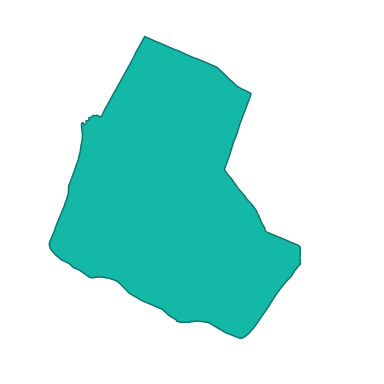 Malacatancito, Huehuetenango, Guatemala, rotated 205°
{"feature_id": "79465075B52740095306971", "entity_name": "Malacatancito", "entity_type": "district", "adm_level": 2, "iso_a3": "GTM", "parent_name": "Guatemala", "parent_adm1": "Huehuetenango", "projection": "equal_earth", "projection_center": [-91.474, 15.234], "detail": "fine", "context": "isolated", "style": "filled", "palette": "teal", "viewbox_px": 384, "rotation_deg": 205, "n_neighbors": 0, "source": "geoboundaries", "source_scale": "gbopen_adm2", "svg_char_len": 1848}
<svg xmlns="http://www.w3.org/2000/svg" viewBox="0 0 384 384"><g transform="rotate(205 192 192)"><path d="M150.9,68.4L150.0,68.9L147.3,68.9L138.5,73.3L138.0,74.2L136.4,74.9L135.9,75.4L131.6,77.8L121.6,80.7L102.7,78.7L87.5,79.6L85.7,80.1L83.7,82.0L80.8,87.7L78.6,95.1L74.4,119.1L72.6,133.7L71.1,141.4L70.5,143.6L68.7,151.1L67.0,155.7L66.3,157.9L65.8,164.0L65.2,165.5L64.0,170.9L63.2,172.7L64.9,174.9L64.9,176.0L66.0,177.1L68.2,183.0L69.4,184.9L69.3,185.6L70.9,187.9L73.1,188.6L106.7,187.3L109.0,187.7L111.0,190.2L115.9,193.6L122.0,199.2L123.4,199.8L125.1,201.9L131.6,205.6L139.4,208.8L142.8,210.9L150.5,214.2L161.5,220.5L169.0,223.9L172.2,226.1L173.6,242.3L175.3,253.4L175.8,263.3L177.3,273.4L179.6,303.9L180.3,306.2L185.8,306.5L189.0,306.4L191.2,306.4L196.9,307.1L202.2,309.1L205.8,310.0L221.9,315.6L244.1,314.9L246.2,314.4L257.1,314.2L263.5,314.2L269.2,313.7L284.5,313.4L287.9,313.1L300.0,313.0L300.5,313.0L300.8,309.2L301.9,294.4L301.9,287.3L305.9,230.3L305.9,222.2L306.3,221.4L307.6,221.4L309.6,221.4L311.1,221.2L311.9,220.1L313.2,219.9L313.9,219.7L315.0,217.0L316.1,216.3L316.7,216.0L316.6,215.1L316.1,214.6L316.1,213.5L316.6,212.7L317.9,211.9L317.9,211.1L317.2,210.3L316.9,209.6L317.0,208.2L317.4,207.8L317.9,207.6L319.6,208.7L320.1,208.7L320.7,208.5L320.8,207.6L320.7,206.8L320.6,206.1L315.4,197.5L313.4,192.4L312.2,187.0L311.3,184.2L310.5,181.9L309.7,177.5L308.7,173.1L308.1,165.3L307.7,162.7L307.4,158.9L306.9,154.1L306.4,145.4L303.6,138.8L302.5,132.1L302.2,127.3L301.8,124.4L301.7,120.2L301.4,117.0L301.2,108.5L300.1,95.3L300.0,87.0L299.1,83.9L296.5,80.8L289.3,77.4L281.3,75.3L272.9,75.2L267.7,73.4L261.2,73.6L248.9,71.4L246.1,72.0L242.4,74.6L238.1,76.7L230.4,78.8L223.3,79.6L218.0,78.4L215.1,77.2L206.3,73.8L192.2,72.4L191.2,72.4L169.5,73.1L160.4,70.3L152.5,69.5L150.9,68.4Z" fill="#14b8a6" stroke="#0f766e" stroke-width="1.5"/></g></svg>